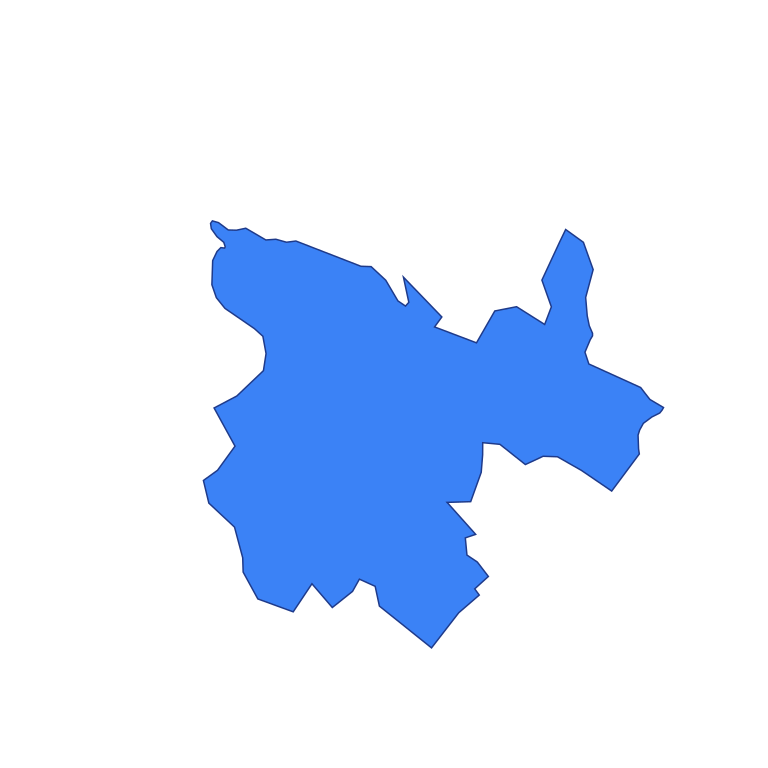 Limbaži, Robinson projection, rotated 225°
{"feature_id": "LVA-1086", "entity_name": "Limbaži", "entity_type": "Municipality", "adm_level": 1, "iso_a3": "LVA", "parent_name": "Latvia", "parent_adm1": "", "projection": "robinson", "projection_center": [24.697, 57.497], "detail": "fine", "context": "isolated", "style": "filled", "palette": "blue", "viewbox_px": 768, "rotation_deg": 225, "n_neighbors": 0, "source": "natural_earth", "source_scale": "10m", "svg_char_len": 1407}
<svg xmlns="http://www.w3.org/2000/svg" viewBox="0 0 768 768"><g transform="rotate(225 384 384)"><path d="M154.0,515.1L147.3,469.3L183.3,462.5L209.9,455.2L220.4,445.4L227.1,427.0L259.4,423.3L272.7,412.3L264.2,403.7L252.8,390.3L239.5,362.1L255.7,344.9L212.9,342.5L217.7,332.7L204.4,321.7L192.1,324.1L174.1,321.7L175.0,303.3L167.4,302.1L169.4,275.1L163.8,231.0L230.2,223.7L247.2,234.7L263.4,228.6L259.6,215.1L262.5,189.4L293.7,191.8L287.1,158.7L321.2,142.8L350.6,151.4L361.0,161.2L388.5,177.1L423.6,175.9L443.5,188.1L440.7,205.3L445.4,234.7L487.2,246.9L479.6,271.4L478.7,308.2L488.9,322.1L503.4,332.1L514.9,331.5L549.9,325.0L563.6,326.5L575.9,332.5L592.4,350.1L595.8,359.7L595.8,365.1L592.8,367.4L593.4,368.8L597.5,370.9L606.3,370.1L615.9,371.7L620.2,374.9L620.7,378.0L615.1,381.1L603.0,382.8L597.1,388.4L591.9,396.4L569.4,402.3L562.8,409.9L553.2,415.3L547.4,422.8L483.6,450.9L476.1,457.9L456.1,458.6L432.9,452.6L423.9,454.3L424.2,459.3L445.8,473.3L390.5,472.3L388.6,460.1L347.7,478.5L357.3,514.0L344.9,532.4L312.5,539.7L320.2,556.9L345.8,569.1L360.1,608.3L364.8,621.7L343.2,625.2L317.0,612.8L302.6,587.8L288.5,575.9L280.0,570.3L272.4,567.3L270.6,565.5L269.5,561.2L264.4,548.6L253.3,543.0L200.0,563.0L192.5,562.0L185.0,561.1L169.7,565.0L168.9,562.2L168.5,558.5L171.3,550.0L172.8,539.6L170.7,532.3L168.2,527.5L158.1,518.1L154.2,515.2L154.0,515.1Z" fill="#3b82f6" stroke="#1e3a8a" stroke-width="1.5"/></g></svg>